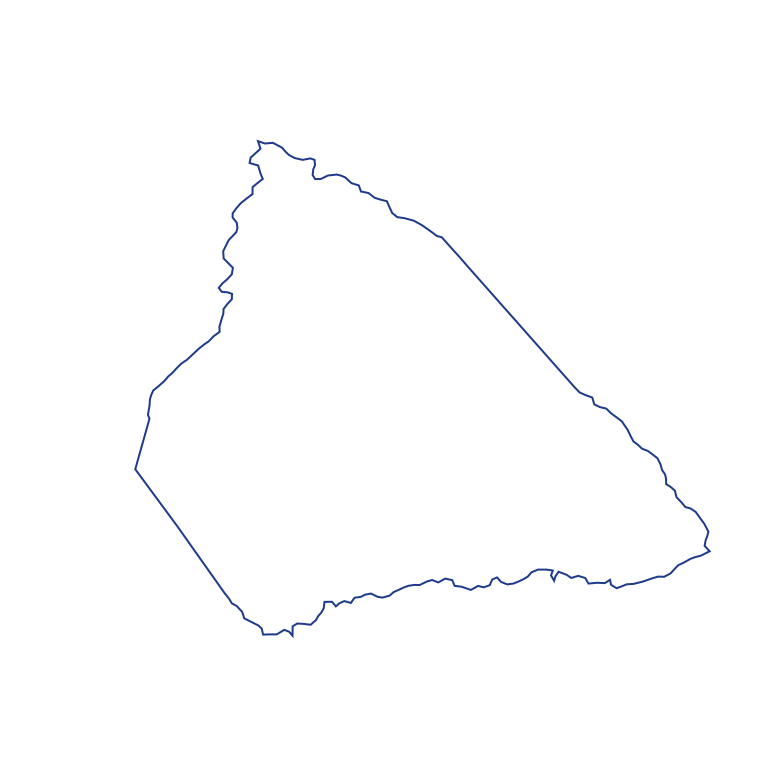 Buritirana, Maranhão, Brazil, rotated 72°
{"feature_id": "56859067B76423615647039", "entity_name": "Buritirana", "entity_type": "district", "adm_level": 2, "iso_a3": "BRA", "parent_name": "Brazil", "parent_adm1": "Maranhão", "projection": "natural_earth1", "projection_center": [-47.054, -5.512], "detail": "fine", "context": "isolated", "style": "outline", "palette": "blue", "viewbox_px": 768, "rotation_deg": 72, "n_neighbors": 0, "source": "geoboundaries", "source_scale": "gbopen_adm2", "svg_char_len": 2829}
<svg xmlns="http://www.w3.org/2000/svg" viewBox="0 0 768 768"><g transform="rotate(72 384 384)"><path d="M643.7,126.0L637.0,129.1L631.9,126.3L628.5,123.5L624.7,121.1L616.3,122.5L602.0,127.1L597.1,130.9L594.2,135.4L589.6,137.2L582.0,140.8L575.3,140.3L570.6,143.1L566.4,146.6L561.7,145.1L557.0,144.6L551.7,146.1L545.4,145.9L539.0,146.9L529.2,153.7L525.4,158.5L519.6,161.7L515.8,164.5L510.0,165.5L502.7,166.5L497.6,168.0L493.1,169.3L488.0,172.8L482.4,176.9L476.1,180.2L472.6,185.9L468.4,190.3L461.2,190.1L456.4,196.3L452.4,200.6L446.1,203.7L341.0,249.4L297.1,268.5L286.2,273.1L281.8,275.1L272.2,279.4L262.3,283.7L259.5,288.1L255.3,290.9L244.8,298.7L237.9,305.2L232.6,313.3L229.4,319.8L223.8,323.4L216.9,324.2L211.1,324.8L207.7,330.1L204.0,335.4L197.6,339.7L193.8,346.4L187.4,346.6L182.9,352.9L175.6,357.0L172.6,360.4L170.2,364.2L168.4,372.8L169.5,381.0L167.7,386.2L163.2,387.3L158.1,385.0L154.6,382.0L149.4,380.8L146.7,384.3L145.7,392.1L141.5,399.1L137.0,403.5L133.2,405.6L127.8,407.9L120.3,415.1L118.5,422.9L114.1,428.8L122.1,428.8L127.5,440.9L132.3,443.5L137.3,436.2L146.3,436.4L151.5,435.9L153.1,440.4L156.1,448.1L162.8,450.4L164.8,456.4L167.9,464.6L171.3,470.3L174.9,475.2L178.9,476.5L185.1,474.2L190.4,475.2L194.0,477.6L199.2,487.3L208.0,495.9L215.1,497.7L226.8,491.8L232.6,494.8L236.1,501.0L238.3,506.4L241.5,511.4L246.1,509.9L248.5,504.4L251.3,500.7L256.3,502.5L259.7,508.5L263.1,513.4L267.7,515.2L272.4,518.6L278.8,522.9L283.6,524.2L286.0,531.5L289.3,537.6L290.7,542.5L293.1,549.0L300.1,564.0L302.0,570.5L304.9,576.3L308.3,582.4L310.1,586.8L313.4,592.1L316.7,599.9L318.9,605.5L322.7,608.9L326.3,611.4L331.8,613.5L340.3,618.0L344.6,617.8L388.2,646.9L455.2,624.6L533.7,600.2L539.7,597.9L545.6,596.5L549.6,592.7L557.0,589.3L563.7,589.3L574.8,578.2L578.6,575.9L585.0,576.4L586.7,570.4L589.0,563.3L587.0,554.9L590.2,550.8L595.1,548.8L586.2,545.7L585.0,540.5L587.3,534.6L590.3,528.2L587.5,521.6L584.4,518.3L582.0,514.2L578.6,510.6L572.8,507.9L575.1,500.7L580.6,498.5L578.8,494.3L578.2,488.8L582.0,483.2L578.2,478.1L579.3,471.8L578.5,467.2L579.3,461.1L584.4,455.9L586.7,451.4L587.0,444.0L584.9,439.2L584.2,432.6L583.6,427.7L583.5,422.9L584.4,417.4L586.2,412.2L585.1,404.3L585.3,398.8L589.5,393.7L588.0,386.0L591.6,379.7L597.8,379.2L600.7,373.0L606.7,365.0L605.1,357.0L608.2,351.9L608.0,345.6L603.4,341.5L602.9,336.2L608.5,333.8L612.7,328.6L613.8,322.4L613.4,317.0L612.7,311.8L611.6,306.7L608.7,302.1L608.1,295.0L610.7,286.8L613.6,281.1L617.6,284.3L623.7,283.0L619.9,280.4L616.5,276.0L621.9,269.3L626.3,265.9L626.5,258.6L630.7,252.5L637.0,251.2L638.9,242.7L641.6,235.5L640.1,229.6L645.2,230.1L650.1,225.9L649.9,220.0L649.5,215.1L651.2,208.6L651.9,199.1L651.7,188.4L651.9,182.8L653.9,177.1L652.8,170.3L647.3,160.3L646.5,154.2L645.0,146.6L644.8,141.5L645.2,135.9L643.7,126.0Z" fill="none" stroke="#1e3a8a" stroke-width="2"/></g></svg>